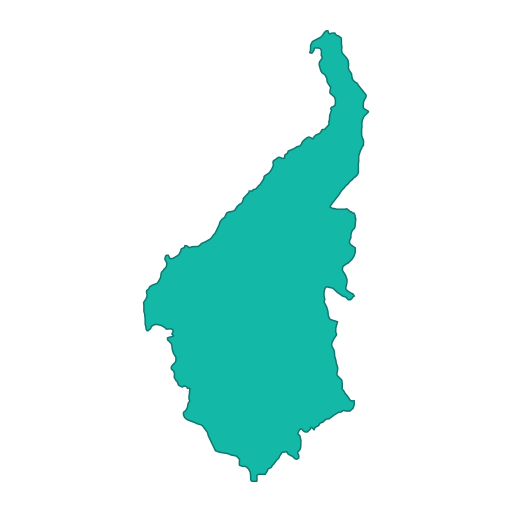 Montes de Oro, Puntarenas, Costa Rica (Robinson projection)
{"feature_id": "36466004B99490544719136", "entity_name": "Montes de Oro", "entity_type": "district", "adm_level": 2, "iso_a3": "CRI", "parent_name": "Costa Rica", "parent_adm1": "Puntarenas", "projection": "robinson", "projection_center": [-84.712, 10.146], "detail": "fine", "context": "isolated", "style": "filled", "palette": "teal", "viewbox_px": 512, "rotation_deg": 0, "n_neighbors": 0, "source": "geoboundaries", "source_scale": "gbopen_adm2", "svg_char_len": 6063}
<svg xmlns="http://www.w3.org/2000/svg" viewBox="0 0 512 512"><path d="M309.7,52.6L311.9,53.2L313.9,50.5L314.2,48.4L314.9,48.0L318.4,48.0L319.7,48.3L320.5,49.0L321.3,50.4L321.4,52.7L321.2,55.3L322.4,57.8L319.6,61.8L319.2,63.5L319.2,65.0L320.8,70.8L322.1,72.8L324.5,74.5L325.3,75.4L326.8,78.5L327.2,82.0L330.0,86.5L330.7,86.9L329.9,91.5L330.0,93.1L334.2,96.8L335.0,98.5L335.4,100.4L335.3,104.6L334.6,105.7L333.2,106.6L331.6,107.2L330.8,108.2L330.7,108.8L331.4,110.1L331.4,110.5L329.7,115.3L329.4,120.1L328.9,121.3L329.0,124.1L328.4,125.3L324.6,129.4L322.5,129.5L321.9,129.8L321.4,130.6L321.4,131.2L319.7,133.4L315.9,135.0L314.3,136.6L313.5,138.1L312.8,138.7L309.3,137.1L308.5,137.1L306.6,138.0L303.5,140.6L302.0,142.5L301.4,144.1L300.0,146.0L296.9,146.7L294.1,148.6L288.3,151.0L287.4,153.3L285.2,154.7L284.8,155.3L284.5,158.2L282.2,158.4L280.0,157.4L278.8,157.2L276.9,158.3L276.6,158.7L273.5,160.8L273.0,161.7L273.3,165.7L271.7,169.2L269.3,172.8L264.5,176.0L264.1,176.6L263.8,178.6L263.0,180.2L259.9,184.7L258.4,185.9L256.4,188.5L255.8,189.0L253.4,189.6L252.7,190.2L252.4,191.0L249.2,191.0L249.0,192.4L243.3,198.4L243.3,199.5L242.4,202.0L241.5,203.3L239.5,204.3L237.1,206.5L234.7,210.4L233.0,211.2L228.3,212.1L227.1,212.7L226.4,213.4L224.7,217.3L221.9,219.4L220.5,221.1L219.8,222.6L218.8,225.7L215.1,233.2L213.3,235.1L212.0,237.1L210.3,239.0L205.6,241.7L201.5,243.5L199.4,245.6L198.1,246.5L192.6,246.6L189.1,247.7L187.9,246.5L186.7,245.8L185.0,245.6L184.4,247.4L181.5,248.8L181.0,249.3L180.8,251.0L178.9,254.6L176.7,256.2L172.6,258.5L170.7,258.6L169.6,258.1L168.3,255.3L166.7,255.2L165.8,255.8L165.1,257.5L164.9,259.3L166.8,262.9L166.7,265.2L166.0,267.4L164.2,269.0L163.3,270.4L161.8,271.9L161.1,273.4L160.9,275.8L160.4,278.0L157.6,282.8L156.2,283.8L153.8,284.5L150.5,286.1L149.6,287.0L148.6,289.0L146.7,290.6L146.5,292.5L147.1,294.7L147.0,296.5L146.0,298.9L143.8,302.2L143.6,303.0L143.9,305.5L143.9,311.4L144.8,314.5L144.8,316.6L145.1,317.4L145.2,324.2L146.1,327.9L146.1,329.1L147.1,330.8L147.8,330.8L150.5,328.7L151.2,326.9L152.2,325.8L154.9,324.5L157.6,324.5L161.6,325.6L164.7,327.5L165.7,328.3L166.2,329.1L171.1,328.8L173.1,330.1L172.9,332.2L172.1,333.3L171.9,334.1L173.5,335.4L173.5,336.0L171.3,336.9L170.0,337.0L167.5,337.9L167.5,339.4L168.2,340.6L169.1,341.2L171.3,343.7L171.9,345.5L172.2,349.0L173.4,353.2L175.6,356.7L176.0,357.9L175.8,361.3L174.8,362.9L172.8,364.7L171.5,366.6L171.2,367.6L171.4,369.1L173.7,371.1L174.5,373.6L174.2,377.3L176.3,381.0L177.6,382.1L178.0,384.0L178.8,385.4L182.1,387.0L182.6,387.0L183.6,386.1L185.2,386.1L186.7,386.9L187.5,388.3L189.5,388.4L189.9,388.7L189.9,389.9L189.5,391.4L189.5,394.1L189.0,395.6L189.0,398.9L189.7,400.3L189.7,400.9L188.2,403.3L187.4,407.4L186.6,409.0L185.4,410.9L184.1,411.7L183.4,412.9L183.5,414.9L184.3,416.9L185.6,418.5L188.1,420.1L194.9,422.6L197.3,423.8L201.6,425.0L203.0,426.4L207.4,432.3L208.4,436.0L215.5,450.8L219.4,452.2L228.1,453.7L231.4,455.1L235.5,455.8L236.7,456.4L238.1,457.7L239.5,459.5L239.3,464.5L239.7,465.4L242.6,466.3L245.5,466.5L246.5,466.9L248.6,469.1L250.2,472.1L250.6,475.0L250.7,479.9L251.5,481.0L252.4,481.3L256.6,481.3L257.0,480.9L256.9,475.6L257.7,474.6L258.4,474.3L265.2,474.3L266.9,471.7L268.0,469.1L271.1,467.5L271.6,466.9L272.3,465.4L273.9,463.9L276.9,459.8L278.7,458.2L280.0,455.4L281.2,453.9L281.4,453.1L281.8,452.6L283.5,452.1L286.6,451.8L288.0,453.9L289.3,454.8L293.0,456.7L294.6,458.5L296.1,459.1L297.2,459.1L298.6,458.0L298.8,457.6L298.8,455.8L297.8,453.3L297.8,451.8L299.5,450.3L300.5,448.3L300.8,446.0L300.9,440.3L300.0,436.2L299.4,435.2L298.1,434.4L297.9,433.4L299.1,430.5L300.2,429.3L300.6,429.0L301.9,429.1L302.9,430.5L304.3,431.6L305.8,432.0L307.1,432.0L307.8,431.6L310.5,428.9L310.9,427.5L311.4,427.4L311.7,427.4L314.0,429.7L315.2,427.3L318.6,425.6L320.2,423.0L322.7,422.3L326.1,419.1L329.1,418.8L334.2,415.0L338.2,412.5L341.6,411.8L343.1,410.4L346.8,411.1L350.0,411.0L353.0,408.3L354.2,404.8L354.2,400.8L351.2,400.9L350.1,400.0L347.0,395.5L345.0,393.3L344.2,391.6L342.4,389.2L342.2,388.6L342.3,383.9L341.8,380.1L337.5,375.8L336.9,374.7L336.9,373.5L337.6,370.3L337.7,367.7L336.2,362.8L335.9,360.4L334.7,356.2L334.4,351.9L334.0,350.1L332.1,346.7L331.7,345.6L331.7,344.0L331.9,343.1L333.5,339.4L336.5,335.0L336.5,334.2L335.7,332.0L335.8,328.0L337.5,321.8L330.1,319.4L328.7,316.6L328.3,315.4L327.9,311.2L326.5,306.6L324.2,302.3L324.1,301.5L324.7,300.0L324.7,298.9L324.0,295.5L324.0,292.9L324.8,288.8L326.0,287.1L326.8,286.8L332.9,288.2L337.6,292.6L343.0,296.3L344.7,296.6L345.8,297.1L348.2,299.7L350.5,299.7L351.8,298.7L352.8,297.0L354.3,296.0L352.8,293.8L351.0,293.1L347.6,290.9L346.4,289.8L345.8,288.7L345.8,287.3L346.2,286.3L347.0,281.9L347.0,279.5L345.5,275.2L342.7,270.9L342.5,270.1L342.5,267.7L343.3,266.1L347.5,263.2L348.0,263.2L351.8,259.5L353.9,256.4L355.2,252.5L355.3,247.9L350.8,244.7L349.7,243.4L349.5,242.5L349.8,239.9L350.8,238.2L351.0,234.1L351.8,231.6L352.8,229.8L354.4,228.4L354.9,227.2L355.8,218.9L355.5,218.8L355.5,218.1L355.2,217.7L355.1,215.6L354.2,213.3L352.5,212.8L351.5,211.9L350.3,211.7L347.5,209.2L346.3,208.8L345.2,209.2L336.8,209.2L334.4,208.5L332.5,208.5L331.0,207.4L330.3,207.4L330.3,205.9L340.0,193.3L340.0,192.5L340.9,191.8L341.4,190.7L344.2,187.9L345.8,185.7L347.8,184.2L349.9,181.5L352.0,179.9L353.8,177.8L354.9,177.2L356.9,175.4L358.4,172.6L358.4,163.2L358.7,161.8L358.7,156.0L360.6,150.1L361.1,149.2L361.6,148.8L361.8,147.5L363.4,145.4L363.5,144.7L363.5,140.4L361.9,136.5L361.6,135.1L361.6,128.6L361.9,128.1L361.9,123.0L362.3,120.2L363.9,116.5L368.4,112.0L368.4,111.3L364.2,108.8L363.2,107.2L363.5,102.3L364.4,99.8L365.5,98.2L366.1,96.5L366.1,95.0L358.8,85.9L357.1,83.2L355.0,82.0L353.5,80.6L352.5,79.2L351.7,75.8L351.7,74.3L351.0,72.9L349.2,70.4L348.4,68.0L348.6,63.8L348.0,60.3L346.5,57.9L342.8,53.7L341.9,52.4L341.6,50.0L341.9,46.7L341.5,44.7L341.3,38.0L338.8,36.1L336.6,35.3L335.6,34.3L334.8,33.0L332.1,33.1L329.7,33.8L328.6,33.0L328.0,30.9L327.1,30.7L326.0,31.0L324.7,32.1L323.5,33.7L323.0,34.8L320.9,37.1L313.2,41.1L312.1,42.1L310.6,45.2L310.5,50.3L309.7,52.6Z" fill="#14b8a6" stroke="#0f766e" stroke-width="1.5"/></svg>